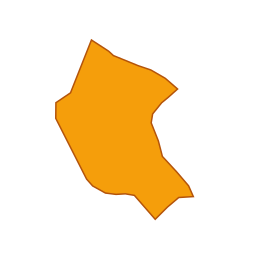 SVG path tracing the border of Sant Julià de Lòria, rotated 56°
{"feature_id": "AND-4882", "entity_name": "Sant Julià de Lòria", "entity_type": "state/province", "adm_level": 1, "iso_a3": "AND", "parent_name": "Andorra", "parent_adm1": "", "projection": "natural_earth1", "projection_center": [1.502, 42.473], "detail": "fine", "context": "isolated", "style": "filled", "palette": "amber", "viewbox_px": 256, "rotation_deg": 56, "n_neighbors": 0, "source": "natural_earth", "source_scale": "10m", "svg_char_len": 502}
<svg xmlns="http://www.w3.org/2000/svg" viewBox="0 0 256 256"><g transform="rotate(56 128 128)"><path d="M147.2,190.9L79.6,182.5L66.7,173.6L66.7,156.0L34.6,109.1L53.5,101.1L59.8,99.6L81.9,84.8L92.7,76.6L107.7,69.3L123.4,65.1L125.1,77.7L125.9,86.0L130.1,99.7L136.7,105.9L155.8,110.1L170.8,115.4L191.6,112.2L209.8,110.1L221.4,112.2L214.0,124.8L215.6,139.4L218.9,156.5L187.4,160.4L181.1,167.0L176.3,175.1L169.3,183.1L156.3,189.7L147.2,190.9Z" fill="#f59e0b" stroke="#b45309" stroke-width="1.5"/></g></svg>